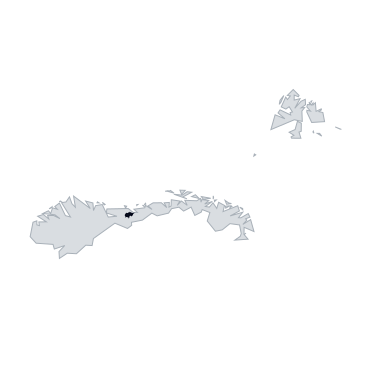 Høylandet nor, Nord-Trøndelag, Norway shown in context, rotated 54°
{"feature_id": "86288312B25157872919585", "entity_name": "Høylandet nor", "entity_type": "district", "adm_level": 2, "iso_a3": "NOR", "parent_name": "Norway", "parent_adm1": "Nord-Trøndelag", "projection": "albers", "projection_center": [12.389, 64.756], "detail": "fine", "context": "in_parent", "style": "filled", "palette": "ink", "viewbox_px": 384, "rotation_deg": 54, "n_neighbors": 0, "source": "geoboundaries", "source_scale": "gbopen_adm2", "svg_char_len": 4788}
<svg xmlns="http://www.w3.org/2000/svg" viewBox="0 0 384 384"><g transform="rotate(54 192 192)"><path d="M219.1,189.6L212.2,194.1L213.7,196.4L212.6,203.5L203.7,201.6L202.5,210.0L196.6,211.5L193.5,218.3L195.3,223.4L190.8,234.2L185.5,236.9L185.6,248.6L180.9,258.8L183.5,260.4L183.6,265.6L171.9,272.7L171.7,299.1L176.6,304.3L172.6,309.2L174.0,321.8L168.2,328.9L167.8,338.3L162.0,334.6L160.5,326.4L157.2,336.9L152.7,335.2L141.8,348.2L133.0,349.2L123.0,338.4L124.1,334.5L127.4,336.8L129.5,335.2L126.2,333.5L130.5,327.4L120.9,331.1L122.8,325.5L129.6,323.7L126.2,322.7L129.6,317.8L135.9,314.5L129.8,316.3L121.7,325.4L122.8,319.2L126.3,319.0L122.9,314.1L126.8,311.1L123.1,311.5L123.0,305.8L136.7,308.3L140.8,305.0L123.9,303.8L126.0,299.8L123.9,294.0L130.9,296.0L135.8,295.3L125.7,290.2L145.6,284.0L136.8,283.4L142.6,278.6L149.1,282.6L146.4,278.0L149.4,272.0L163.0,274.5L167.5,267.0L158.6,273.6L155.7,270.8L167.9,253.3L174.0,251.6L176.4,248.2L171.8,249.1L177.0,239.5L175.5,237.5L182.6,234.6L177.4,235.7L177.9,229.9L182.7,223.1L189.8,221.6L184.4,220.9L187.1,216.5L190.7,219.5L191.0,217.1L186.1,213.3L192.2,207.1L194.1,211.8L193.1,205.8L200.0,203.7L194.5,202.7L201.9,193.3L202.3,188.8L205.5,190.7L204.0,188.4L208.8,183.5L209.2,188.8L211.6,181.1L211.6,189.7L214.4,186.8L213.1,181.4L219.8,181.6L216.0,176.5L222.0,173.6L226.1,178.4L230.0,163.1L235.2,164.8L233.8,175.2L238.2,162.8L240.1,169.5L241.6,167.7L242.5,159.2L246.4,159.9L245.2,164.4L247.0,164.2L248.1,169.9L248.8,160.8L260.4,165.1L251.2,170.6L256.9,174.9L263.1,174.4L256.1,185.6L256.2,179.0L254.6,176.6L246.6,172.9L239.9,179.9L240.4,189.8L237.5,196.1L224.4,196.7L219.1,189.6ZM183.6,45.9L188.1,48.8L188.1,54.2L189.9,51.2L191.1,55.5L199.7,61.3L193.7,66.8L187.9,91.5L178.4,79.4L187.4,73.8L178.6,75.9L177.3,72.5L187.7,66.9L185.4,65.9L186.3,63.7L180.1,63.3L180.1,67.3L175.6,69.8L170.3,60.4L173.3,60.4L172.1,56.0L169.9,58.1L168.6,49.9L176.8,48.6L177.5,49.9L173.7,52.4L177.7,55.3L180.0,49.7L184.7,59.7L182.7,50.4L183.6,45.9ZM192.3,39.7L199.7,44.2L200.7,38.6L201.6,39.0L201.6,42.1L204.6,39.4L213.0,43.4L206.1,54.3L194.8,52.1L193.4,51.0L196.2,48.6L190.6,49.1L189.1,47.1L190.6,45.5L188.0,44.4L191.8,44.4L191.1,41.7L192.7,42.9L192.3,39.7ZM200.6,63.1L207.1,68.0L206.4,70.2L212.5,72.3L207.0,79.8L205.7,79.5L206.0,76.2L200.7,78.3L202.1,71.9L196.8,65.2L200.6,63.1ZM190.6,202.5L194.5,200.1L183.1,208.0L188.8,201.8L188.9,195.8L192.0,192.4L190.6,202.5ZM196.2,190.9L201.5,190.0L195.5,195.0L196.2,190.9ZM201.2,187.1L208.1,180.5L204.7,187.1L201.2,187.1ZM167.9,61.0L171.6,67.2L172.4,69.9L169.5,66.8L167.9,61.0ZM186.7,196.5L187.8,201.8L183.4,200.7L186.7,196.5ZM224.5,166.9L222.3,171.2L218.2,170.2L222.5,168.7L224.5,166.9ZM225.4,169.5L224.9,174.2L223.1,173.3L225.4,169.5ZM178.1,208.5L182.3,207.2L177.7,210.9L178.1,208.5ZM228.4,35.1L223.5,37.9L228.5,34.8L228.4,35.1ZM219.6,54.3L223.1,54.2L218.2,56.2L219.6,54.3ZM232.4,162.3L235.1,160.7L236.2,161.4L232.4,162.3ZM227.1,168.1L227.0,170.5L225.8,168.6L227.1,168.1ZM212.7,177.0L213.0,179.4L211.7,178.7L212.7,177.0ZM199.4,118.6L199.3,120.9L197.9,119.2L199.4,118.6ZM216.1,58.8L214.5,58.9L214.1,58.1L216.1,58.8ZM165.1,253.2L166.0,255.2L163.4,254.7L165.1,253.2ZM207.6,177.1L209.2,177.8L210.2,179.1L207.6,177.1ZM188.7,41.6L189.5,43.0L188.5,42.5L188.7,41.6ZM150.8,270.6L147.7,270.6L151.0,269.6L150.8,270.6ZM146.2,273.6L144.9,275.2L144.4,274.3L146.2,273.6ZM177.0,211.4L175.6,213.3L177.1,210.1L177.0,211.4ZM122.2,314.8L121.6,317.5L121.7,314.0L122.2,314.8ZM174.3,237.9L173.7,236.3L174.6,236.4L174.3,237.9ZM257.0,172.5L257.1,174.5L257.0,174.2L257.0,172.5ZM175.2,239.4L173.5,239.8L175.5,239.0L175.2,239.4ZM170.3,243.1L170.4,244.6L169.7,244.1L170.3,243.1ZM122.7,303.4L121.7,305.0L122.0,303.7L122.7,303.4Z" fill="#d9dde1" stroke="#a8b0b8" stroke-width="1"/><path d="M174.4,253.2L174.0,253.9L173.5,254.2L173.4,254.3L173.5,254.3L173.6,254.5L173.4,254.5L173.4,254.4L173.3,254.2L173.2,254.2L172.9,254.0L172.8,254.4L172.7,254.6L172.6,254.8L172.6,255.2L172.4,255.2L172.4,255.3L172.3,255.5L172.2,255.6L172.1,255.8L172.0,255.7L172.0,255.8L172.2,256.0L172.2,256.3L172.0,256.7L171.9,256.9L171.5,257.2L171.1,257.5L171.1,257.8L171.2,258.2L171.2,258.3L171.3,258.3L171.4,258.5L171.5,258.6L171.4,258.7L171.5,258.8L171.5,259.0L171.6,259.3L171.9,259.3L172.0,259.5L172.3,259.6L172.6,259.3L172.8,259.2L172.9,259.3L172.9,259.2L173.0,259.2L173.1,258.9L173.3,258.9L173.4,258.7L173.5,258.6L173.7,258.4L173.9,258.2L174.0,258.2L173.7,258.0L173.8,257.8L173.9,257.7L174.0,257.5L174.1,257.4L174.2,257.2L174.3,257.2L174.0,256.9L174.0,256.7L174.1,256.1L174.1,255.8L174.4,255.4L174.1,255.1L174.2,254.9L174.3,254.9L174.5,254.9L174.8,254.8L174.9,254.7L175.0,254.7L175.3,254.7L175.2,254.2L175.3,254.0L175.3,253.9L175.2,253.7L174.9,253.8L174.7,253.8L174.6,253.7L174.4,253.5L174.4,253.4L174.4,253.2L174.4,253.2Z" fill="#0f172a" stroke="#020617" stroke-width="1.5"/></g></svg>